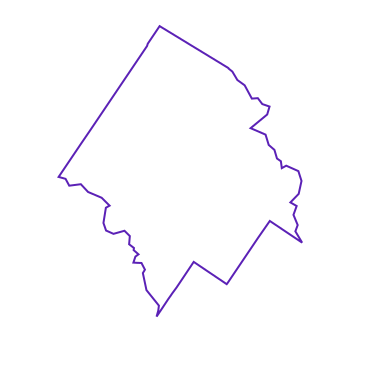 Hinds, Mississippi, United States of America, rotated 124°
{"feature_id": "52423323B53043457363296", "entity_name": "Hinds", "entity_type": "district", "adm_level": 2, "iso_a3": "USA", "parent_name": "United States of America", "parent_adm1": "Mississippi", "projection": "natural_earth1", "projection_center": [-90.379, 32.311], "detail": "fine", "context": "isolated", "style": "outline", "palette": "violet", "viewbox_px": 384, "rotation_deg": 124, "n_neighbors": 0, "source": "geoboundaries", "source_scale": "gbopen_adm2", "svg_char_len": 1047}
<svg xmlns="http://www.w3.org/2000/svg" viewBox="0 0 384 384"><g transform="rotate(124 192 192)"><path d="M172.4,72.4L166.8,84.3L160.3,85.9L154.2,95.1L145.1,97.4L145.6,104.6L133.9,102.5L121.6,107.4L115.2,115.5L117.5,128.6L122.0,130.9L116.8,135.5L116.7,140.3L111.0,147.2L110.1,154.7L103.3,163.1L106.3,179.1L85.7,173.0L77.8,175.5L79.8,182.9L77.4,189.9L81.1,194.6L74.1,208.0L73.8,217.0L69.6,225.9L69.2,230.7L68.9,231.1L72.6,311.6L93.8,311.6L96.1,310.9L197.5,310.9L213.8,311.0L215.5,311.0L227.8,311.0L254.1,311.0L251.8,304.2L255.4,297.3L247.7,288.5L250.1,278.2L247.3,263.7L249.4,252.7L253.2,254.6L267.2,248.1L272.0,241.7L270.6,233.7L261.9,226.3L263.3,218.9L270.5,214.9L270.9,208.8L272.8,207.9L273.6,201.5L277.2,202.8L283.3,201.1L281.6,198.2L279.1,194.2L282.7,187.6L286.7,187.4L298.8,174.9L304.7,155.9L309.3,153.6L315.1,151.7L307.6,151.7L293.7,151.8L289.6,151.7L287.3,151.7L280.0,151.4L274.0,151.4L249.0,151.5L249.0,111.7L247.4,111.6L235.6,111.6L208.0,111.6L193.1,111.6L172.5,111.3L172.4,72.4Z" fill="none" stroke="#5b21b6" stroke-width="2"/></g></svg>